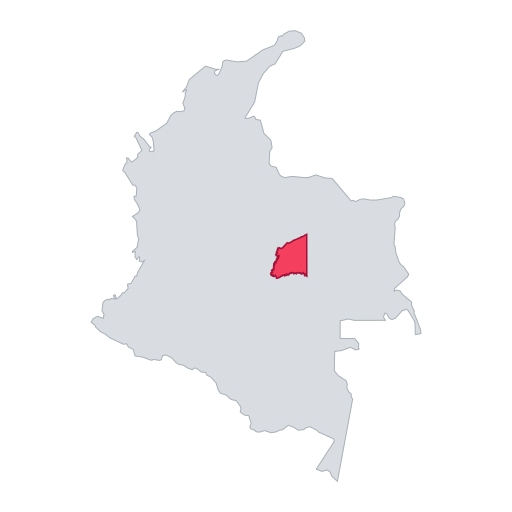 location of Puerto Gaitán, Meta, Colombia
{"feature_id": "7082276B98813411003149", "entity_name": "Puerto Gaitán", "entity_type": "district", "adm_level": 2, "iso_a3": "COL", "parent_name": "Colombia", "parent_adm1": "Meta", "projection": "albers", "projection_center": [-71.987, 4.086], "detail": "fine", "context": "in_parent", "style": "filled", "palette": "rose", "viewbox_px": 512, "rotation_deg": 0, "n_neighbors": 0, "source": "geoboundaries", "source_scale": "gbopen_adm2", "svg_char_len": 8717}
<svg xmlns="http://www.w3.org/2000/svg" viewBox="0 0 512 512"><path d="M300.0,46.0L294.2,48.4L282.9,51.3L275.1,63.9L269.8,66.2L263.3,73.6L258.4,82.9L254.7,101.9L245.0,117.9L245.8,118.6L249.7,117.9L253.3,116.2L254.6,116.7L256.0,119.5L260.4,120.2L263.9,133.3L270.6,139.9L271.3,142.5L272.1,147.9L269.8,151.2L269.1,163.1L271.1,166.1L276.2,167.3L279.5,174.7L281.6,176.4L284.7,177.6L292.0,176.4L305.3,177.7L308.4,177.5L315.8,174.9L325.2,178.0L332.2,178.5L351.2,201.0L353.1,200.3L355.5,201.6L360.3,199.3L364.4,198.9L369.9,200.0L377.0,200.0L391.4,197.6L393.5,196.3L401.4,197.6L403.7,199.2L404.9,203.4L404.0,206.0L401.2,208.6L399.7,212.0L399.5,216.1L398.1,219.1L395.5,221.1L394.6,223.9L395.2,227.7L393.9,244.7L395.0,246.1L395.9,253.0L399.2,262.1L400.8,264.6L403.6,266.7L408.8,274.2L407.6,276.7L394.6,288.4L394.0,291.1L396.5,290.0L400.5,291.1L401.9,293.9L411.6,302.0L411.5,305.1L414.3,311.2L413.9,312.5L420.7,329.9L420.9,333.6L415.3,334.6L415.0,323.0L414.2,320.6L407.9,310.2L406.5,309.4L402.3,310.6L395.3,318.3L392.1,319.5L389.4,318.4L386.8,313.9L385.0,313.0L383.4,316.9L385.5,320.3L354.5,320.4L348.4,319.0L340.2,320.8L340.1,338.4L354.8,338.6L358.8,343.6L358.5,347.7L359.1,349.1L355.6,350.0L350.5,347.3L341.4,350.6L334.7,351.4L334.3,370.8L338.3,375.6L346.2,380.8L347.3,384.3L346.8,387.7L348.7,391.8L351.2,394.0L351.2,396.5L352.6,399.3L337.4,481.3L331.9,476.3L329.9,471.8L327.1,470.0L321.9,471.4L316.3,469.1L334.3,441.3L333.7,438.9L318.6,432.1L317.1,430.4L309.9,426.7L305.9,427.8L303.7,429.6L298.2,430.2L293.8,427.2L288.5,425.3L282.2,430.0L280.3,429.9L275.8,432.0L271.0,432.7L264.7,430.6L259.6,432.1L256.1,431.8L254.8,430.3L250.3,428.6L249.8,426.8L251.1,423.3L249.1,416.6L248.4,415.4L245.0,415.3L241.0,412.8L240.2,411.4L241.0,408.6L240.3,406.3L236.4,400.8L231.0,399.4L225.8,394.9L220.6,393.3L218.2,390.0L216.0,382.7L210.6,377.0L206.8,375.1L205.6,372.4L201.6,372.1L196.4,368.3L194.1,368.1L192.4,369.8L187.6,368.0L183.4,365.2L179.1,364.5L176.3,362.8L171.2,357.5L165.7,354.9L162.5,355.8L161.4,359.7L159.6,360.4L153.2,359.4L152.1,360.2L150.5,360.0L142.7,357.1L135.1,356.0L133.2,349.4L128.3,347.0L126.8,343.9L123.4,344.2L110.3,338.1L104.9,333.9L100.3,331.6L95.5,326.9L94.8,325.0L91.1,322.3L93.0,318.8L97.4,316.3L103.3,318.3L104.0,314.3L102.0,310.7L103.0,302.5L104.6,300.7L107.8,299.1L109.8,299.8L111.1,298.4L115.8,299.1L117.3,298.5L121.0,295.3L122.5,292.7L124.2,292.9L128.1,288.6L127.5,284.2L131.2,283.2L135.1,276.1L136.7,275.9L137.6,272.5L144.4,260.6L141.9,262.0L139.3,261.1L139.7,257.1L138.9,256.6L136.8,259.7L134.9,256.6L135.4,251.5L132.4,252.4L132.6,251.2L137.0,247.4L138.8,238.6L137.4,235.5L136.6,222.3L135.8,219.8L132.3,216.5L138.0,212.8L140.0,209.9L137.5,204.1L134.2,199.1L134.1,196.2L136.1,196.5L136.9,188.3L135.1,185.2L132.7,185.1L125.3,173.0L122.7,170.5L124.7,164.8L127.0,162.2L126.6,157.8L128.1,158.1L131.3,162.1L132.6,161.5L137.6,157.7L137.8,154.2L141.9,150.5L136.2,138.2L134.3,136.3L136.7,132.3L138.0,132.5L140.2,136.4L143.7,139.0L148.9,145.9L151.1,147.4L149.5,148.9L149.2,150.6L149.9,151.5L152.9,151.7L154.1,149.8L153.3,141.5L152.1,137.3L149.4,134.3L150.3,133.1L155.6,131.1L166.8,123.2L170.6,115.7L173.5,113.0L176.8,111.3L180.8,111.7L184.0,110.8L184.9,108.4L182.9,103.3L185.3,96.2L185.2,92.6L186.8,90.4L186.2,89.6L182.2,92.1L186.4,87.1L189.3,79.5L205.5,66.1L215.9,69.4L219.3,69.2L214.9,70.9L214.3,72.8L215.8,74.9L217.3,75.5L218.7,74.2L222.2,66.3L222.8,62.0L224.3,60.5L226.6,60.0L236.8,61.9L246.6,61.2L262.4,50.1L274.4,45.3L277.3,40.7L278.1,37.3L280.3,35.9L282.6,35.9L283.9,34.0L289.4,31.1L295.3,30.7L301.5,33.3L304.4,37.9L304.9,41.1L300.0,46.0ZM116.0,297.6L115.3,298.2L113.9,297.1L113.4,295.8L114.3,294.8L115.4,295.1L116.0,297.6Z" fill="#d9dde1" stroke="#a8b0b8" stroke-width="1"/><path d="M273.8,265.3L274.1,265.5L274.0,265.8L273.8,265.8L273.7,265.9L273.8,266.0L273.7,266.2L273.8,266.5L274.0,266.5L273.9,266.9L274.1,267.0L273.6,267.0L273.6,267.3L273.7,267.5L273.7,267.9L273.5,268.0L273.4,268.2L273.5,268.4L273.8,268.4L273.9,268.5L273.4,268.6L273.3,268.8L273.5,268.9L273.5,269.3L273.4,269.2L273.2,269.3L273.1,269.2L272.7,269.5L272.9,269.5L272.9,269.8L273.1,270.0L272.5,270.0L272.3,270.3L271.8,270.5L272.1,270.8L272.2,271.1L272.3,271.3L272.1,271.5L272.3,271.6L272.4,271.9L272.1,271.9L272.0,272.2L271.8,271.9L271.7,272.1L271.3,272.4L271.6,272.6L271.5,272.8L271.6,273.0L271.4,273.0L271.5,273.5L271.2,273.5L270.8,273.8L271.0,274.0L270.8,274.0L270.9,274.4L271.1,274.4L271.1,274.6L271.4,274.7L271.3,274.8L271.6,275.1L271.5,275.3L271.9,275.4L271.9,275.6L272.1,275.8L272.6,275.8L272.7,275.7L272.7,275.8L272.9,275.7L272.9,275.8L273.2,275.9L273.2,276.0L273.3,276.1L273.5,275.8L273.9,276.0L274.1,275.9L274.5,275.9L274.5,276.0L274.7,275.8L274.8,275.9L275.2,275.9L275.3,275.8L275.3,276.0L275.6,276.0L275.8,276.2L275.8,276.3L276.1,276.5L276.2,276.9L276.3,277.3L276.3,277.5L276.5,277.8L276.4,278.1L276.5,278.3L276.9,278.4L277.3,278.2L277.6,278.2L278.0,277.8L278.3,277.6L278.5,277.7L279.1,277.4L279.5,277.5L280.0,276.9L280.3,276.9L280.4,276.5L280.7,276.4L280.9,276.5L281.3,276.1L281.5,276.2L281.8,276.1L281.9,275.9L282.2,275.8L282.3,275.6L282.7,275.7L282.9,275.6L282.9,275.3L283.2,275.4L283.4,275.1L283.6,275.1L284.0,275.3L284.1,275.2L284.2,275.3L284.2,275.0L284.5,275.0L284.7,274.8L284.9,275.0L285.1,274.9L285.3,275.0L285.5,274.8L285.6,275.0L285.7,274.7L285.7,274.8L285.9,274.8L286.0,274.6L286.1,275.0L286.2,274.9L286.3,275.1L286.5,275.3L286.8,275.0L287.2,275.0L287.2,274.8L287.3,274.8L287.7,274.4L287.8,274.5L287.8,274.3L288.1,274.4L288.4,274.5L288.5,274.2L288.7,274.3L288.7,274.1L289.0,274.1L289.0,273.9L289.4,273.6L289.5,273.6L289.8,273.7L290.0,273.6L290.1,273.1L290.4,273.2L290.5,273.1L290.8,273.1L291.0,272.7L291.6,272.7L291.7,272.8L291.9,272.9L291.9,273.0L292.2,272.9L292.3,273.0L292.6,272.9L292.7,272.7L292.8,272.8L293.0,272.8L293.5,272.8L293.7,273.2L293.9,273.2L293.9,273.3L294.0,273.2L294.3,273.4L294.5,273.5L294.9,273.5L295.0,273.6L295.3,273.5L295.7,273.4L295.7,273.2L295.9,273.3L296.1,273.2L296.2,273.3L296.2,273.2L296.4,273.2L296.8,272.8L297.1,272.7L297.3,272.8L297.3,272.7L297.6,272.7L297.8,272.9L298.0,273.0L298.3,272.8L298.6,272.9L298.8,272.7L299.0,272.7L299.2,272.9L299.4,272.7L299.6,272.8L299.5,272.7L299.8,272.9L299.7,273.0L299.9,273.1L300.0,272.9L300.3,272.9L300.3,273.3L300.5,273.3L300.6,273.6L300.8,273.7L301.0,273.8L301.1,273.6L301.2,273.8L301.3,273.8L301.7,273.7L301.6,273.4L301.9,273.3L302.0,273.5L302.1,273.2L302.3,273.2L302.5,273.3L302.8,273.1L302.7,273.4L302.9,273.4L302.8,273.5L303.1,273.4L303.4,273.5L303.5,273.2L303.6,273.3L303.7,273.5L303.9,273.5L304.0,273.7L304.0,273.8L304.2,274.0L304.5,274.0L304.4,274.3L304.4,274.6L304.5,274.7L304.8,274.7L304.7,274.8L304.9,274.9L304.8,275.0L305.0,275.1L305.0,275.3L305.1,275.2L305.1,275.4L305.3,275.5L305.7,275.2L305.8,275.3L305.8,275.2L305.8,275.4L306.2,275.3L306.3,275.5L306.2,275.6L306.4,275.6L306.5,276.0L306.8,276.2L306.7,234.3L305.9,234.7L305.7,235.0L304.7,235.3L304.2,235.8L303.1,236.5L302.3,236.5L301.4,237.0L301.0,236.9L300.1,237.9L299.9,237.9L299.4,238.1L298.6,238.3L298.3,238.2L297.2,239.1L295.1,239.7L294.7,240.2L293.6,240.3L293.2,240.4L292.6,241.2L292.1,241.4L291.3,242.0L290.8,242.1L289.0,243.1L288.4,243.0L288.2,242.9L287.8,243.0L287.5,242.8L287.0,242.9L286.5,243.7L285.8,244.2L285.3,245.0L284.8,245.2L284.5,245.4L284.3,246.0L284.0,246.4L283.6,246.6L283.4,246.9L283.0,247.2L282.9,247.5L282.6,247.6L282.4,248.0L282.1,248.3L281.8,248.3L281.0,248.2L280.2,248.5L279.5,247.7L279.0,248.0L279.0,247.9L278.8,248.0L278.5,247.9L278.6,248.0L278.4,248.0L278.2,248.2L278.3,248.4L278.2,248.3L278.2,248.5L277.8,248.7L277.8,248.9L277.6,249.2L277.7,249.3L277.4,249.4L277.4,249.7L277.4,249.8L277.4,250.0L277.2,250.5L277.3,250.5L277.2,250.6L277.2,250.8L277.3,250.8L277.1,250.9L277.2,251.1L277.1,251.5L277.0,251.9L276.8,252.3L276.9,252.5L276.7,252.5L276.9,252.8L276.8,253.0L276.7,253.0L276.8,253.2L276.7,253.2L276.6,253.7L276.5,253.8L276.3,254.2L276.2,254.2L276.2,254.4L275.9,254.3L275.7,254.6L276.0,255.0L276.3,255.1L276.5,255.3L276.4,255.7L277.2,255.9L277.4,256.0L277.7,256.1L277.9,255.9L278.6,255.7L278.8,255.4L278.9,255.5L278.8,255.8L278.9,256.0L278.9,256.3L278.6,256.4L278.5,256.9L278.5,257.3L278.5,257.5L277.6,257.0L277.4,257.2L277.5,257.4L278.0,257.5L278.1,257.8L278.0,258.0L277.9,258.3L277.2,258.2L277.0,258.3L277.5,258.6L277.1,258.9L276.9,259.4L277.3,259.8L277.0,259.9L276.6,259.8L276.3,260.0L276.3,260.3L276.6,260.8L276.3,261.0L276.2,261.1L276.1,261.4L276.1,262.0L275.8,261.9L276.0,261.4L275.9,261.2L275.6,261.5L275.3,261.4L274.6,261.6L275.1,261.7L275.4,261.8L275.4,262.0L275.2,262.1L275.4,262.4L274.9,262.3L274.6,262.4L274.5,262.7L274.7,263.1L274.2,263.2L274.1,263.3L274.3,263.6L273.8,263.8L273.8,264.0L274.4,264.4L273.8,264.6L273.8,264.8L274.0,264.7L274.1,264.8L274.2,265.1L273.8,265.1L273.8,265.3Z" fill="#f43f5e" stroke="#9f1239" stroke-width="1.5"/></svg>